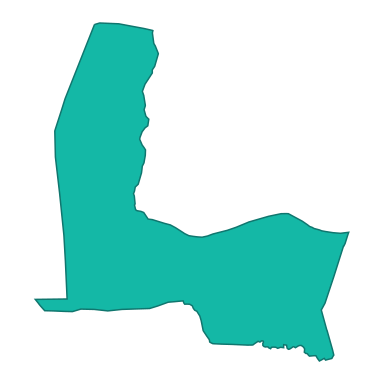 Al Fashaga, Gedarif, Sudan (orthographic projection)
{"feature_id": "16777658B79230518314977", "entity_name": "Al Fashaga", "entity_type": "district", "adm_level": 2, "iso_a3": "SDN", "parent_name": "Sudan", "parent_adm1": "Gedarif", "projection": "orthographic", "projection_center": [36.017, 14.347], "detail": "fine", "context": "isolated", "style": "filled", "palette": "teal", "viewbox_px": 384, "rotation_deg": 0, "n_neighbors": 0, "source": "geoboundaries", "source_scale": "gbopen_adm2", "svg_char_len": 2781}
<svg xmlns="http://www.w3.org/2000/svg" viewBox="0 0 384 384"><path d="M61.4,110.5L55.5,128.7L54.8,131.0L55.4,157.0L59.6,193.2L63.9,235.3L65.4,261.2L67.1,299.0L35.3,299.4L38.1,302.9L39.2,304.4L40.6,306.1L44.7,310.7L52.9,310.9L64.6,311.4L72.5,311.6L80.8,309.1L94.2,309.4L107.8,310.9L122.0,309.4L149.6,308.5L157.7,306.0L168.2,302.2L174.3,301.7L179.5,301.2L183.1,300.9L183.9,303.1L184.7,304.2L186.4,304.1L189.6,304.2L192.3,305.8L193.3,308.3L194.7,310.2L196.9,311.3L198.1,313.3L199.8,316.0L201.2,320.7L203.2,330.7L206.9,336.3L208.7,338.8L209.3,339.7L209.5,340.6L209.7,342.0L211.0,342.8L212.9,343.7L221.6,344.1L232.1,344.4L247.8,345.1L252.8,345.0L254.8,343.5L258.1,341.3L259.6,342.0L260.6,341.8L261.3,340.9L262.9,340.9L263.5,342.0L262.8,343.5L262.9,345.5L264.1,346.6L265.6,347.0L266.6,346.8L267.9,346.9L268.7,347.8L270.6,348.7L271.5,347.3L273.0,347.1L275.7,347.2L277.7,348.3L280.6,347.3L283.7,347.7L283.6,346.5L283.7,344.7L286.6,345.2L286.8,346.7L287.2,348.3L288.4,349.3L289.6,349.1L291.5,347.9L292.8,346.9L293.9,346.7L295.4,347.7L298.7,345.7L299.7,345.5L301.2,345.4L303.4,347.0L304.6,348.8L304.5,350.6L304.3,352.2L305.8,353.4L307.4,353.7L308.2,354.9L309.4,356.1L314.1,355.7L315.9,355.7L317.6,358.6L319.4,361.0L321.5,359.9L324.2,358.4L325.6,360.1L328.5,359.3L331.8,358.5L331.9,358.4L332.9,356.5L333.8,355.1L332.5,349.7L327.1,330.6L326.7,329.7L321.3,310.0L325.0,303.2L333.7,277.0L343.5,246.1L343.8,246.1L345.1,243.5L347.8,234.9L348.7,232.3L340.5,233.3L333.1,232.7L325.9,231.6L322.1,230.9L321.9,230.9L319.4,229.9L319.0,229.8L314.1,228.5L312.2,227.4L309.7,226.5L307.5,224.8L302.3,221.2L293.2,216.3L288.4,213.7L287.9,213.7L286.8,213.6L286.1,213.6L281.1,213.7L268.6,216.3L248.5,222.1L248.4,222.2L236.1,227.3L227.4,230.3L212.9,234.0L207.6,236.0L202.1,237.2L197.6,236.9L193.4,236.4L188.9,235.7L184.4,233.5L183.6,232.9L175.5,227.7L170.3,224.9L164.6,223.4L152.3,219.6L148.2,219.1L148.0,218.9L143.8,212.6L143.7,212.5L141.0,211.4L137.0,210.7L135.6,209.7L134.5,205.0L134.6,204.9L135.0,204.0L135.1,203.9L134.3,196.0L134.2,195.7L133.5,193.7L134.5,191.1L135.2,187.3L135.2,187.1L138.1,184.3L138.2,184.2L141.4,173.2L141.5,173.0L141.5,172.8L141.9,169.8L142.3,166.2L144.0,162.8L144.0,162.7L145.3,155.3L145.5,149.9L144.1,147.7L142.1,144.9L139.7,139.3L139.7,139.1L140.1,137.0L140.2,136.9L142.2,131.6L142.4,131.4L144.8,128.2L145.0,127.9L147.8,125.8L148.8,119.2L148.6,119.1L146.0,116.4L145.9,116.2L144.1,109.7L145.3,105.8L145.3,105.7L145.3,105.1L143.8,95.8L143.8,95.6L143.7,95.3L142.4,91.5L142.4,91.3L145.0,84.2L152.3,73.0L152.3,69.9L154.5,66.6L154.7,66.3L158.3,53.9L158.3,53.5L155.3,46.0L155.1,45.7L153.8,43.4L152.4,33.0L152.4,32.9L152.9,30.6L152.4,30.4L144.0,28.5L130.5,26.0L118.8,23.8L99.7,23.0L94.6,24.5L94.4,24.4L94.5,24.5L65.1,98.7L61.4,110.5Z" fill="#14b8a6" stroke="#0f766e" stroke-width="1.5"/></svg>